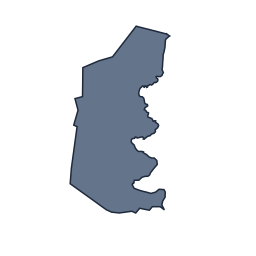 Martin, North Carolina, United States of America (Equal Earth projection), rotated 66°
{"feature_id": "52423323B59070607035282", "entity_name": "Martin", "entity_type": "district", "adm_level": 2, "iso_a3": "USA", "parent_name": "United States of America", "parent_adm1": "North Carolina", "projection": "equal_earth", "projection_center": [-77.075, 35.865], "detail": "fine", "context": "isolated", "style": "filled", "palette": "slate", "viewbox_px": 256, "rotation_deg": 66, "n_neighbors": 0, "source": "geoboundaries", "source_scale": "gbopen_adm2", "svg_char_len": 2115}
<svg xmlns="http://www.w3.org/2000/svg" viewBox="0 0 256 256"><g transform="rotate(66 128 128)"><path d="M217.7,128.0L217.4,128.1L217.2,128.1L212.0,128.4L209.4,126.4L209.1,126.2L208.6,125.6L206.2,122.2L201.6,120.0L198.9,120.2L196.6,124.5L197.8,128.9L197.1,133.6L194.1,137.2L192.3,139.6L189.3,143.2L185.6,146.9L182.3,147.2L181.0,147.0L180.4,145.6L180.8,145.4L180.2,144.6L179.4,144.4L178.4,143.5L178.9,142.2L180.1,139.3L178.7,135.3L179.2,131.7L180.2,129.6L179.7,127.4L178.1,125.7L175.8,121.5L173.2,116.1L169.4,114.9L166.0,116.3L165.2,118.4L163.1,120.5L159.7,121.9L158.1,123.2L156.1,124.3L155.9,123.8L154.8,125.2L153.7,128.0L151.4,129.0L149.2,129.5L146.2,129.3L142.3,130.8L140.1,129.7L139.5,128.4L140.1,126.1L139.2,125.1L139.7,124.2L140.9,123.7L141.5,120.4L141.9,118.4L143.7,117.8L144.3,118.5L144.8,117.8L144.4,116.5L143.6,113.5L144.0,110.9L143.1,108.9L143.4,106.3L142.5,104.4L140.7,103.9L139.8,100.8L138.2,99.0L136.6,99.0L133.7,100.7L132.9,99.8L132.3,100.4L132.0,102.3L130.3,102.2L129.0,102.4L127.0,104.4L126.1,105.3L124.5,104.9L123.9,103.9L122.3,103.1L121.2,104.4L119.0,104.7L117.8,105.7L116.4,104.2L116.1,102.4L115.8,101.0L114.4,100.7L113.5,101.9L111.9,102.6L109.4,101.9L107.1,101.5L105.2,102.3L104.6,103.7L103.1,104.6L100.6,104.1L98.4,102.5L96.7,100.9L95.8,98.2L95.6,97.5L96.4,96.6L96.9,96.9L97.5,96.3L97.1,95.8L96.5,95.2L97.8,94.1L98.5,94.3L98.5,93.5L97.8,93.2L97.4,93.1L97.6,92.5L97.5,91.7L97.2,90.2L98.3,89.1L98.2,87.7L97.5,86.6L97.1,84.9L97.8,84.3L97.6,82.9L97.3,82.0L96.3,81.1L94.9,80.9L93.8,81.7L92.5,81.4L92.6,80.4L93.7,78.8L94.2,77.5L93.8,75.5L92.7,74.5L91.8,73.2L88.5,73.1L85.7,71.4L82.7,69.9L79.1,67.9L75.6,66.2L72.7,63.8L69.3,61.4L67.5,60.5L65.3,59.3L64.2,58.7L63.7,58.5L62.5,57.6L61.9,56.2L61.5,54.8L61.0,53.6L60.9,52.5L58.4,54.1L57.5,54.4L57.6,54.8L40.2,76.8L38.3,79.1L56.7,113.2L54.8,127.1L54.7,131.2L54.5,144.7L72.4,152.9L80.8,156.8L79.6,164.5L91.4,166.4L103.3,176.4L106.1,174.0L141.9,196.2L155.4,203.5L179.0,189.7L193.8,181.1L198.2,177.2L202.1,170.5L205.6,158.4L208.8,155.5L206.1,150.0L211.8,141.9L209.8,137.8L213.0,130.6L217.7,128.0Z" fill="#64748b" stroke="#1e293b" stroke-width="1.5"/></g></svg>